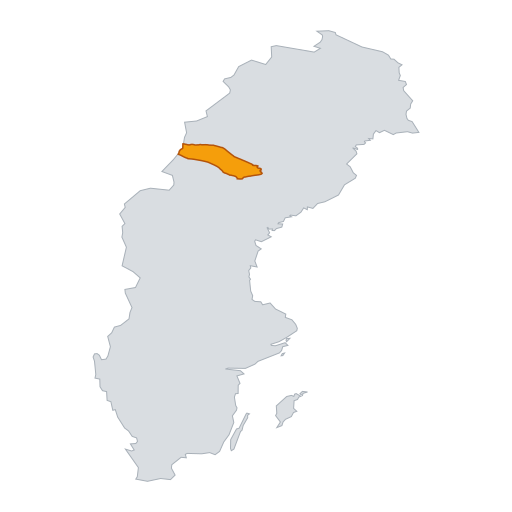 Vilhelmina, Västerbotten, Sweden (highlighted)
{"feature_id": "70781695B71787766152021", "entity_name": "Vilhelmina", "entity_type": "district", "adm_level": 2, "iso_a3": "SWE", "parent_name": "Sweden", "parent_adm1": "Västerbotten", "projection": "robinson", "projection_center": [16.098, 64.897], "detail": "fine", "context": "in_parent", "style": "filled", "palette": "amber", "viewbox_px": 512, "rotation_deg": 0, "n_neighbors": 0, "source": "geoboundaries", "source_scale": "gbopen_adm2", "svg_char_len": 5683}
<svg xmlns="http://www.w3.org/2000/svg" viewBox="0 0 512 512"><path d="M99.4,355.3L101.5,359.7L106.0,359.1L107.9,356.0L110.4,346.7L107.7,336.4L111.7,332.8L114.4,327.1L120.6,325.4L129.0,318.9L130.0,312.4L132.0,307.6L125.3,293.1L124.9,289.4L135.5,287.5L140.2,277.9L133.1,271.7L122.1,265.8L126.4,247.2L121.9,237.1L122.7,232.8L122.1,226.3L124.9,223.6L119.7,214.0L125.2,207.4L124.4,204.0L140.2,190.7L150.4,188.2L169.2,190.2L173.8,185.0L174.0,182.1L172.4,175.4L161.9,171.5L173.5,159.5L182.7,148.3L184.5,137.4L186.6,132.8L184.6,122.2L196.6,121.0L207.4,116.6L206.0,110.9L229.7,93.1L230.4,89.9L228.7,86.9L223.1,81.4L224.6,78.9L230.9,77.4L234.0,75.0L238.7,66.6L251.5,60.1L265.7,64.5L271.7,57.0L271.2,46.7L276.3,45.6L314.2,52.1L320.4,48.3L314.0,46.3L320.2,42.2L322.0,39.6L322.6,36.6L322.3,35.0L316.9,31.2L328.8,30.7L335.3,32.5L336.0,34.8L362.0,47.0L382.6,51.8L388.5,55.2L390.8,59.0L394.0,59.2L397.9,62.8L402.0,64.8L398.9,67.3L399.2,72.9L400.3,75.5L398.6,80.3L405.3,81.5L406.5,84.5L403.1,87.5L403.7,90.7L412.7,100.8L410.7,104.0L410.2,108.1L406.5,111.1L406.0,114.3L406.9,118.3L408.3,120.3L412.1,121.6L418.9,132.4L412.5,133.1L407.5,131.7L396.2,133.0L393.3,134.6L384.4,130.3L379.5,132.7L376.0,130.6L373.4,134.1L372.9,138.9L368.7,138.5L370.3,140.3L364.8,141.0L364.4,141.7L365.6,142.9L364.0,144.4L356.3,144.9L355.3,146.5L357.6,148.3L357.6,149.5L352.6,147.8L356.1,151.2L356.9,153.8L346.6,164.0L350.2,166.8L353.3,172.8L356.5,175.4L355.3,178.2L344.5,184.8L338.5,195.0L324.8,201.8L317.6,203.5L312.9,208.4L307.4,206.9L307.3,209.7L303.7,207.9L300.9,212.2L295.9,215.8L290.4,215.1L289.8,215.8L291.5,216.8L285.2,217.8L283.4,221.5L278.7,222.6L278.0,223.8L282.7,224.0L281.8,227.1L276.4,228.6L274.5,230.6L272.1,230.5L272.5,229.0L269.0,229.1L267.8,227.4L267.1,227.8L269.6,232.8L267.8,234.9L271.2,236.8L261.4,241.7L255.5,239.8L254.7,241.3L256.0,245.5L261.2,248.9L258.1,251.1L254.8,261.0L257.1,267.0L250.3,265.7L250.8,267.9L248.7,270.6L249.5,274.4L248.9,276.9L250.5,279.2L249.6,280.4L250.7,291.1L252.7,295.7L252.0,299.4L254.8,301.4L260.8,301.8L262.6,304.8L270.1,303.0L275.5,309.0L285.8,314.1L285.3,317.4L291.9,319.8L295.7,324.4L297.3,328.3L296.8,330.7L286.8,337.3L279.0,341.7L270.9,344.3L271.3,345.4L275.3,345.8L285.1,342.7L287.9,345.4L282.7,346.7L281.6,350.5L279.4,352.9L257.9,361.4L255.0,364.1L245.4,368.4L228.1,368.1L225.4,369.0L240.4,370.7L244.0,373.9L236.9,375.9L240.0,383.4L238.2,385.2L238.1,393.5L235.5,393.7L234.4,397.1L235.7,405.5L237.0,407.8L236.5,410.2L232.4,415.8L233.8,422.5L229.0,434.8L223.8,441.9L219.6,451.4L215.1,454.7L209.7,452.6L201.7,453.8L187.1,453.4L185.3,454.4L186.3,457.8L181.1,457.3L171.8,464.7L171.4,468.2L175.1,475.1L170.5,479.6L160.6,478.5L147.5,481.3L135.8,479.1L137.3,476.7L138.4,467.6L125.4,449.1L131.6,451.0L134.2,450.0L130.4,443.9L135.8,443.5L137.5,441.4L136.6,437.9L132.2,436.4L128.5,430.9L124.6,428.0L117.7,417.1L115.3,409.6L112.8,410.3L110.9,401.7L107.1,400.4L106.6,391.6L102.5,390.7L100.0,386.7L99.8,379.1L95.0,378.1L95.8,374.5L94.5,361.2L93.1,357.0L94.5,353.9L97.1,353.6L99.4,355.3ZM300.9,396.3L298.8,397.1L297.5,399.5L294.1,400.7L293.6,408.4L296.8,411.3L293.5,412.5L291.3,416.6L285.5,419.3L283.1,421.9L281.9,425.6L276.8,427.6L280.4,422.0L275.6,415.6L276.8,413.3L276.3,405.9L286.7,396.5L291.5,395.4L293.8,396.4L294.7,394.1L296.2,393.6L300.9,396.3ZM233.9,449.1L231.3,450.7L230.5,448.4L230.7,439.6L236.5,429.0L239.1,428.2L246.1,414.0L246.9,413.1L249.4,413.9L247.6,415.3L247.7,417.7L243.2,425.4L242.0,430.3L240.5,431.5L233.9,449.1ZM303.0,393.4L302.5,395.5L299.9,393.8L302.4,391.4L307.5,392.0L303.0,393.4ZM289.9,338.3L286.6,341.7L286.0,340.3L286.6,338.6L289.9,338.3ZM282.8,355.6L281.1,355.8L282.3,353.6L284.6,353.0L282.8,355.6Z" fill="#d9dde1" stroke="#a8b0b8" stroke-width="1"/><path d="M182.9,143.9L182.9,144.3L182.8,147.8L182.7,148.3L182.3,148.6L181.6,149.0L180.6,149.5L180.1,150.0L179.9,150.4L179.7,150.8L179.3,151.1L179.2,151.4L179.1,151.9L179.0,152.5L178.8,153.3L178.5,153.7L178.2,154.2L178.5,154.4L179.2,154.6L179.7,154.8L180.5,155.1L182.2,156.0L184.5,157.2L185.5,157.6L186.2,157.9L187.5,158.3L187.9,158.7L189.4,158.8L191.8,159.0L194.1,159.3L196.4,159.7L198.1,160.0L201.4,160.6L203.3,161.0L205.0,161.4L207.8,162.1L209.0,162.6L211.6,163.8L214.3,165.0L217.2,166.5L219.1,167.8L220.3,169.1L221.9,170.4L222.7,171.4L223.2,172.2L224.7,173.0L226.2,173.4L227.9,174.2L228.9,174.6L229.6,175.1L231.3,175.2L232.1,175.5L232.9,175.6L233.7,175.8L234.6,176.1L235.5,176.4L236.1,176.8L237.0,177.9L237.5,178.5L237.4,178.8L240.2,179.0L242.1,178.9L242.5,178.6L243.0,178.0L243.6,177.4L244.6,177.0L245.6,177.0L246.4,176.7L247.5,176.5L248.9,176.2L250.5,176.1L251.2,175.9L252.9,175.6L254.8,175.3L256.6,175.1L258.7,174.8L259.6,174.6L260.8,174.3L261.5,174.0L262.1,173.3L261.6,172.6L261.5,172.3L260.9,172.1L260.8,171.8L260.7,171.4L260.3,171.3L260.0,170.9L260.2,170.2L260.5,170.0L261.2,169.8L261.0,169.3L261.0,168.8L260.5,168.5L259.8,168.3L259.0,168.2L258.4,168.2L257.8,167.9L257.5,167.5L257.1,167.0L257.3,166.6L257.8,166.3L257.9,166.0L257.1,165.7L256.0,165.5L253.9,165.5L253.0,165.4L252.7,165.2L252.8,164.8L252.5,164.6L251.1,163.8L250.0,163.4L248.5,162.7L247.7,162.3L246.2,161.7L244.7,161.0L242.7,160.2L240.9,159.4L238.6,158.5L236.8,157.7L235.6,157.2L234.3,156.7L233.3,155.8L231.9,154.8L230.0,153.3L228.0,151.7L226.3,150.3L225.2,149.3L223.7,148.3L222.5,147.6L220.7,147.3L219.2,146.8L217.0,146.2L215.9,145.9L214.6,145.6L213.4,145.2L211.5,145.2L209.1,145.1L207.6,144.8L205.4,144.7L201.7,144.8L201.0,144.6L200.1,144.5L199.4,144.7L198.6,144.9L197.4,144.9L196.2,145.0L194.9,145.0L194.4,144.8L193.7,144.6L192.6,144.4L191.5,144.4L190.7,144.5L190.1,144.8L189.0,144.9L187.8,144.8L186.7,144.5L186.0,144.3L185.5,144.3L184.9,144.1L183.9,143.9L182.9,143.9Z" fill="#f59e0b" stroke="#b45309" stroke-width="1.5"/></svg>